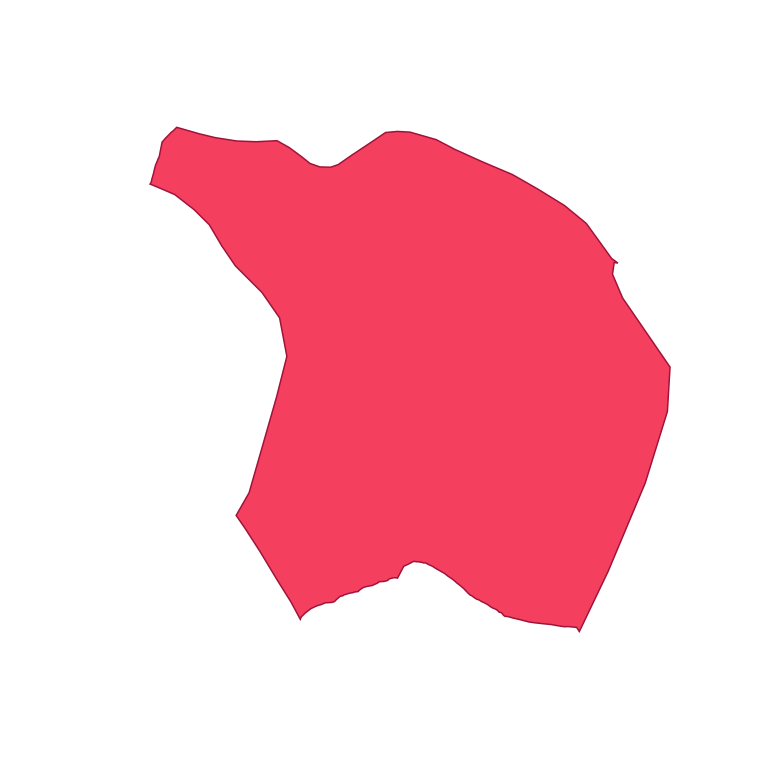 Grande Riviere/Morne Serpent, Gros Islet, Saint Lucia (orthographic projection), rotated 196°
{"feature_id": "8701671B88709297193728", "entity_name": "Grande Riviere/Morne Serpent", "entity_type": "district", "adm_level": 2, "iso_a3": "LCA", "parent_name": "Saint Lucia", "parent_adm1": "Gros Islet", "projection": "orthographic", "projection_center": [-60.96, 14.036], "detail": "fine", "context": "isolated", "style": "filled", "palette": "rose", "viewbox_px": 768, "rotation_deg": 196, "n_neighbors": 0, "source": "geoboundaries", "source_scale": "gbopen_adm2", "svg_char_len": 2739}
<svg xmlns="http://www.w3.org/2000/svg" viewBox="0 0 768 768"><g transform="rotate(196 384 384)"><path d="M317.5,201.1L316.7,204.9L314.8,214.2L313.9,215.0L312.6,216.1L311.0,217.5L308.5,219.9L307.9,220.5L306.6,221.7L304.5,222.0L303.3,222.2L301.8,222.6L299.9,222.8L298.6,223.0L296.7,222.9L294.5,223.5L292.0,222.8L289.8,222.5L288.8,222.4L286.7,222.0L284.1,221.2L281.5,220.5L278.8,219.9L278.2,219.7L275.1,219.0L273.4,218.5L272.4,218.1L271.4,217.7L269.8,217.0L269.1,216.8L266.2,215.8L265.5,215.6L264.3,215.2L262.2,214.3L261.7,214.1L260.1,213.3L259.1,212.8L256.5,211.8L254.4,210.9L252.2,209.9L250.2,208.9L248.5,207.8L247.7,207.4L245.5,206.1L243.1,204.9L242.2,204.8L241.2,204.6L237.7,203.3L235.6,202.7L232.9,202.6L230.5,201.8L227.1,201.3L224.9,200.8L223.9,200.6L222.7,200.2L220.4,199.3L219.3,199.0L217.1,198.5L214.9,198.4L212.6,197.7L210.3,196.4L208.0,196.5L207.2,196.0L205.7,194.8L203.7,194.0L202.9,194.2L200.7,194.6L196.7,194.6L195.7,194.6L187.6,195.0L186.6,195.0L179.0,195.2L176.2,195.6L173.2,196.0L170.5,196.5L165.6,197.3L158.0,198.7L156.9,198.9L155.3,199.0L150.7,199.5L146.0,200.1L144.9,200.2L143.0,200.6L141.6,201.1L139.7,201.7L134.0,202.7L131.7,203.1L128.0,199.9L116.9,265.6L105.6,360.7L104.0,435.7L113.7,479.1L178.4,532.5L194.6,552.5L196.1,563.4L196.2,564.2L192.5,564.7L199.8,567.4L233.8,594.1L259.7,605.3L289.6,613.7L318.2,620.7L352.2,624.9L380.8,629.1L401.2,633.3L428.4,633.3L440.7,630.5L451.8,626.2L463.6,612.1L478.0,595.2L488.4,582.4L490.9,580.6L495.0,577.7L505.4,575.0L515.9,575.6L525.7,579.7L540.1,585.1L553.9,588.4L573.5,581.7L592.5,577.0L614.1,574.3L630.4,573.6L645.5,573.6L653.4,573.6L654.0,573.6L654.7,572.4L656.3,569.4L658.0,567.2L659.1,565.0L659.9,563.5L661.9,559.9L662.8,557.8L664.0,555.4L662.7,540.2L663.1,539.0L663.3,536.5L663.9,531.6L663.9,528.2L663.7,525.4L663.6,522.3L663.6,519.1L663.6,516.5L663.4,514.3L663.6,513.1L664.0,511.7L657.5,511.0L637.3,508.4L614.7,499.3L595.8,488.9L578.1,472.1L559.3,456.5L526.5,438.3L502.6,418.8L485.0,383.8L483.7,342.3L483.7,316.3L483.7,293.0L483.7,242.3L489.9,216.9L477.7,206.9L456.8,188.6L432.6,166.1L413.2,148.7L399.6,134.7L399.3,137.4L398.5,138.7L396.5,142.3L394.1,145.5L392.6,147.6L390.6,149.5L390.0,150.0L388.4,151.4L386.0,153.2L385.4,153.6L384.2,154.2L381.8,156.1L380.8,156.9L379.9,157.6L378.0,158.2L376.3,158.8L374.3,159.5L372.3,160.7L371.5,161.4L370.7,163.0L367.7,167.8L365.2,169.1L364.1,170.4L361.1,172.3L359.5,173.4L356.3,174.9L354.9,176.0L354.3,176.2L351.6,177.4L351.1,178.4L350.8,179.0L348.3,182.2L346.7,183.4L344.4,184.8L342.2,185.9L340.3,186.8L339.7,187.1L337.8,188.8L335.7,190.5L334.6,191.9L333.8,192.8L331.1,193.6L329.2,194.4L327.2,195.6L326.3,196.2L325.3,198.1L322.2,199.9L320.8,200.6L319.1,201.0L317.5,201.1Z" fill="#f43f5e" stroke="#9f1239" stroke-width="1.5"/></g></svg>